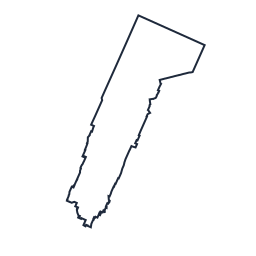 Kondinin, Western Australia, Australia (Robinson projection), rotated 294°
{"feature_id": "25037944B57185706761007", "entity_name": "Kondinin", "entity_type": "district", "adm_level": 2, "iso_a3": "AUS", "parent_name": "Australia", "parent_adm1": "Western Australia", "projection": "robinson", "projection_center": [118.78, -32.484], "detail": "fine", "context": "isolated", "style": "outline", "palette": "slate", "viewbox_px": 256, "rotation_deg": 294, "n_neighbors": 0, "source": "geoboundaries", "source_scale": "gbopen_adm2", "svg_char_len": 3816}
<svg xmlns="http://www.w3.org/2000/svg" viewBox="0 0 256 256"><g transform="rotate(294 128 128)"><path d="M21.0,128.3L20.9,128.7L20.9,129.1L22.5,129.1L22.6,130.7L22.2,130.8L22.2,134.4L22.5,134.3L23.8,134.0L25.5,133.5L27.8,133.5L28.9,133.5L30.1,133.6L30.1,133.9L31.2,133.9L31.2,133.3L32.8,133.3L32.8,134.4L33.7,134.4L33.7,135.4L33.7,136.5L35.4,136.5L36.5,136.5L37.0,136.5L37.0,137.9L38.6,137.9L38.6,136.4L39.2,136.4L39.2,136.8L40.5,136.8L40.5,139.1L42.5,139.1L41.4,141.0L41.2,141.3L42.5,140.6L42.5,140.1L46.3,140.1L46.3,140.9L47.6,140.4L47.6,139.7L48.5,139.7L50.8,139.7L50.8,140.6L51.7,140.6L51.9,140.4L52.1,140.4L52.3,140.6L52.8,140.6L52.7,141.1L52.8,141.1L54.1,140.9L54.4,139.8L56.6,138.6L57.9,137.9L58.0,139.0L59.6,139.0L61.0,139.0L63.1,138.7L66.3,138.7L68.4,138.7L68.4,139.1L69.3,139.1L69.3,138.9L70.4,138.9L71.9,138.9L71.9,139.4L76.1,139.4L78.2,139.4L78.2,140.0L80.3,140.0L82.6,140.0L84.0,140.0L86.6,139.6L88.7,139.3L90.8,139.3L92.1,139.3L93.2,139.1L94.3,138.9L94.8,138.8L95.1,138.7L96.6,138.6L98.4,138.4L99.3,138.4L102.1,138.4L103.0,138.4L103.3,138.4L105.2,138.4L106.2,138.4L107.8,138.4L108.3,138.4L108.5,138.5L109.5,138.5L112.9,138.5L112.9,139.5L113.3,142.8L114.9,142.8L117.0,142.8L117.0,140.8L120.5,140.8L120.5,141.7L121.7,141.7L124.9,141.7L125.7,141.7L125.7,140.8L130.7,140.7L133.0,140.7L137.1,140.7L139.6,140.7L143.7,140.7L146.1,140.7L146.1,140.3L146.6,140.3L148.6,140.3L149.9,141.3L150.0,141.3L150.8,142.0L152.6,139.0L152.6,138.9L155.0,138.9L156.5,138.9L156.8,138.9L157.0,138.7L157.4,138.5L158.0,138.4L158.3,138.5L158.5,138.7L158.8,138.8L159.1,138.5L160.0,138.0L160.4,137.7L162.2,136.6L162.5,136.6L163.0,136.2L163.9,137.6L164.7,138.8L164.8,139.0L164.9,139.4L165.4,139.7L166.1,140.4L166.4,140.8L166.7,141.0L166.9,141.0L167.0,141.1L167.3,141.2L167.7,141.2L168.8,141.2L169.3,141.2L169.7,140.9L170.3,141.0L170.8,141.2L172.3,141.2L172.5,141.4L172.8,141.4L174.6,141.4L174.6,140.0L176.0,140.0L178.6,140.0L181.7,140.2L181.7,139.8L184.8,137.4L185.3,138.0L185.8,138.7L186.7,139.8L187.3,140.6L188.0,141.4L188.4,142.0L189.0,142.8L189.6,143.5L189.9,143.9L190.9,145.2L191.9,146.4L193.0,147.9L194.5,149.7L195.1,150.5L196.2,151.9L196.7,152.6L196.9,152.9L197.0,152.9L197.9,154.2L199.1,155.6L200.0,156.7L200.8,157.8L201.1,158.2L203.4,161.1L203.8,161.8L204.3,162.8L205.4,164.3L206.5,164.3L208.3,164.3L209.4,164.3L210.6,164.3L212.3,164.3L214.1,164.3L216.4,164.3L218.7,164.3L221.0,164.3L223.9,164.3L226.8,164.3L229.7,164.3L233.7,164.3L234.9,164.3L234.9,163.1L235.1,91.7L206.7,91.8L205.6,91.8L202.0,91.8L201.5,91.8L193.2,91.8L192.1,91.8L188.1,91.8L179.5,91.8L153.0,91.7L144.9,91.7L144.7,91.7L142.9,93.1L139.8,93.1L137.2,93.1L125.7,93.1L117.7,93.0L116.0,93.0L116.0,96.1L114.2,96.1L110.1,96.6L110.1,95.7L105.4,95.7L105.4,95.8L104.3,95.5L103.2,95.1L99.3,96.7L98.0,96.7L97.5,96.7L97.5,97.2L94.7,97.4L91.9,97.5L90.5,97.5L90.5,98.0L83.5,98.0L83.5,99.3L84.4,99.3L84.4,101.3L83.6,101.3L79.4,101.3L78.7,101.2L77.3,101.2L76.4,101.2L75.7,101.0L75.6,100.9L75.3,100.9L74.5,100.8L73.9,100.8L73.0,100.8L72.4,100.8L72.2,100.8L71.9,100.9L71.8,101.0L71.8,101.3L71.7,101.3L71.6,101.5L71.4,101.5L71.1,101.5L70.9,101.5L70.5,101.5L69.7,101.5L69.3,101.7L68.6,101.9L67.9,102.2L67.8,102.3L67.7,102.3L65.4,102.3L64.0,102.3L62.4,102.3L60.5,102.3L60.4,102.3L60.4,102.5L59.7,102.5L59.7,102.3L54.7,102.3L53.4,101.8L53.4,102.4L52.2,102.4L51.5,102.4L51.5,100.5L49.6,100.5L45.9,100.5L43.6,101.3L42.4,101.3L42.3,101.2L41.6,101.5L37.8,101.5L37.8,101.8L36.7,101.8L36.7,104.5L36.8,104.5L36.8,107.0L38.4,108.6L38.7,109.0L38.7,111.7L36.9,111.7L35.0,111.7L35.1,114.5L34.2,114.3L34.2,114.7L33.2,114.7L33.1,114.4L32.5,114.5L30.9,115.6L30.0,116.2L27.6,118.7L27.9,118.7L28.0,119.8L27.3,119.8L27.2,118.9L25.9,118.9L25.9,122.1L26.7,122.1L26.7,126.8L24.0,126.8L21.2,126.8L21.2,127.2L21.0,127.6L21.0,128.3L21.0,128.3Z" fill="none" stroke="#1e293b" stroke-width="2"/></g></svg>